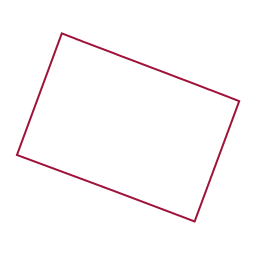 LaGrange, Indiana, United States of America (Albers equal-area conic projection), rotated 21°
{"feature_id": "52423323B51679482550394", "entity_name": "LaGrange", "entity_type": "district", "adm_level": 2, "iso_a3": "USA", "parent_name": "United States of America", "parent_adm1": "Indiana", "projection": "albers", "projection_center": [-85.418, 41.642], "detail": "fine", "context": "isolated", "style": "outline", "palette": "rose", "viewbox_px": 256, "rotation_deg": 21, "n_neighbors": 0, "source": "geoboundaries", "source_scale": "gbopen_adm2", "svg_char_len": 478}
<svg xmlns="http://www.w3.org/2000/svg" viewBox="0 0 256 256"><g transform="rotate(21 128 128)"><path d="M223.7,191.4L222.2,63.1L207.5,63.0L191.3,63.0L191.0,63.0L190.7,63.1L183.1,63.0L180.6,63.0L176.6,63.0L172.5,63.0L167.3,63.0L159.3,63.1L147.4,63.1L127.6,63.2L125.6,63.2L91.3,63.4L90.4,63.3L53.7,63.5L53.4,63.4L47.6,63.5L46.6,63.4L43.4,63.4L37.3,63.4L36.0,63.4L32.3,63.4L34.0,193.0L129.2,191.9L176.6,191.6L223.7,191.4Z" fill="none" stroke="#9f1239" stroke-width="2"/></g></svg>